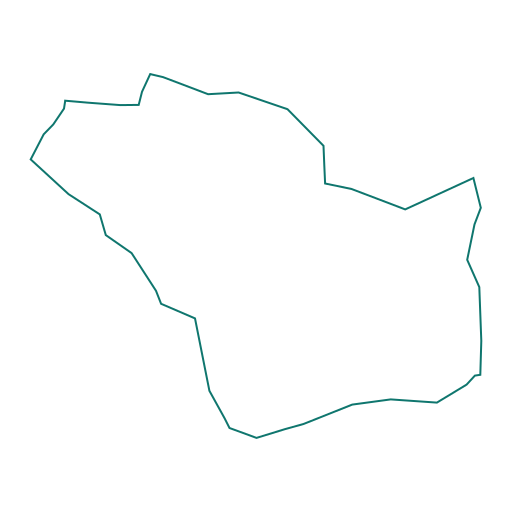 O'ndorshireet, Töv, Mongolia
{"feature_id": "93677404B29580172170474", "entity_name": "O'ndorshireet", "entity_type": "district", "adm_level": 2, "iso_a3": "MNG", "parent_name": "Mongolia", "parent_adm1": "Töv", "projection": "orthographic", "projection_center": [104.989, 47.437], "detail": "fine", "context": "isolated", "style": "outline", "palette": "teal", "viewbox_px": 512, "rotation_deg": 0, "n_neighbors": 0, "source": "geoboundaries", "source_scale": "gbopen_adm2", "svg_char_len": 677}
<svg xmlns="http://www.w3.org/2000/svg" viewBox="0 0 512 512"><path d="M473.4,178.0L405.2,209.4L352.1,189.2L351.6,189.0L325.1,183.5L324.3,165.4L323.5,145.8L287.5,109.2L238.6,92.5L208.1,94.2L163.0,77.1L150.2,74.1L142.0,91.8L138.7,104.9L120.4,105.1L88.3,102.7L65.2,100.7L65.2,100.8L64.0,108.6L53.3,124.4L43.7,134.3L30.7,159.4L68.6,194.2L99.8,214.4L105.8,235.1L131.6,253.1L156.0,290.8L161.1,303.8L195.0,318.4L209.4,390.8L224.6,418.3L229.5,428.0L256.5,437.9L284.8,429.2L303.5,424.0L352.2,404.6L390.7,399.4L436.9,402.6L466.6,384.6L474.9,375.6L480.3,374.8L481.3,340.9L479.3,287.1L467.2,259.8L474.5,224.4L480.8,207.8L473.4,178.0Z" fill="none" stroke="#0f766e" stroke-width="2"/></svg>